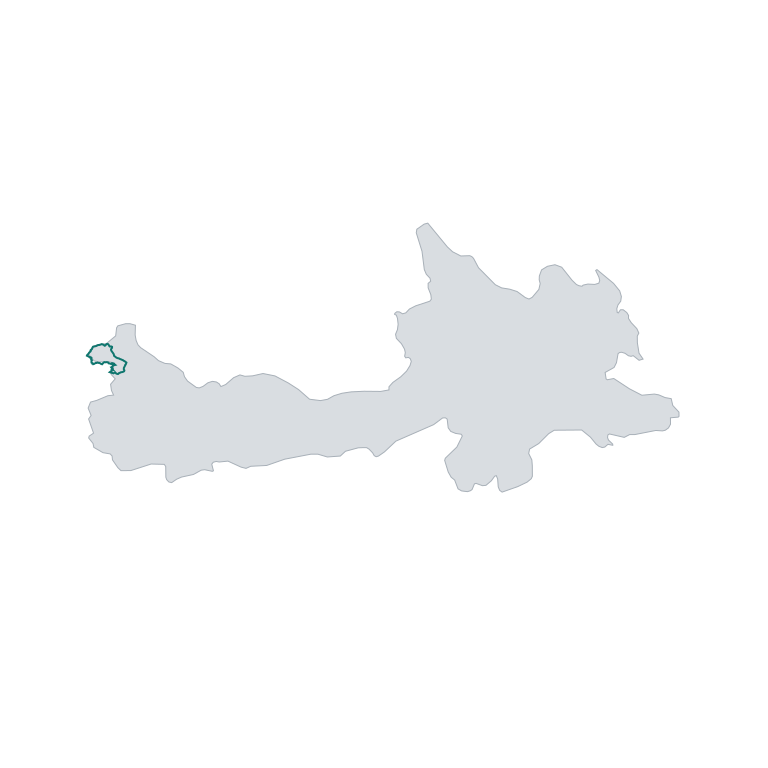 Khong, Champasak, Laos (highlighted), rotated 119°
{"feature_id": "54806243B24917082255411", "entity_name": "Khong", "entity_type": "district", "adm_level": 2, "iso_a3": "LAO", "parent_name": "Laos", "parent_adm1": "Champasak", "projection": "natural_earth1", "projection_center": [106.019, 14.226], "detail": "medium", "context": "in_parent", "style": "outline", "palette": "teal", "viewbox_px": 768, "rotation_deg": 119, "n_neighbors": 0, "source": "geoboundaries", "source_scale": "gbopen_adm2", "svg_char_len": 5604}
<svg xmlns="http://www.w3.org/2000/svg" viewBox="0 0 768 768"><g transform="rotate(119 384 384)"><path d="M290.0,117.7L292.9,123.8L306.7,140.2L309.1,144.6L314.2,148.0L318.4,162.6L320.1,163.5L322.5,162.5L324.2,160.5L325.7,154.8L326.7,154.2L328.2,158.9L332.1,160.3L333.8,162.3L334.3,165.8L333.7,169.4L330.4,177.7L328.4,188.8L341.9,212.7L347.6,215.9L361.1,219.8L370.3,225.1L374.6,223.8L378.7,217.9L383.7,214.6L392.8,209.5L395.5,209.3L400.5,211.3L408.8,217.2L421.3,228.3L420.9,231.3L418.6,234.2L411.9,238.6L409.7,241.4L411.0,242.5L416.6,243.2L423.2,245.7L425.2,248.6L426.3,255.3L427.5,256.5L433.6,255.8L435.5,256.7L437.7,258.8L439.9,264.3L439.8,268.4L433.7,275.7L433.0,280.0L429.8,285.2L421.4,293.9L419.2,294.4L403.8,289.7L391.5,290.3L390.5,292.1L392.5,297.4L393.1,302.6L391.2,306.6L384.1,311.7L383.8,313.9L385.3,316.3L395.5,320.9L428.2,345.9L443.2,350.7L449.7,353.9L451.4,355.6L451.4,357.8L449.7,360.6L448.2,365.5L448.1,368.4L449.7,371.3L452.3,375.6L461.5,385.1L468.2,387.3L475.3,398.2L477.4,407.7L480.8,413.9L497.9,434.4L512.1,447.1L520.6,460.7L524.7,463.8L526.0,468.7L527.1,483.1L532.1,490.3L533.1,493.2L535.2,495.4L537.6,495.8L542.6,491.1L543.6,491.8L545.9,499.3L548.0,502.1L555.5,506.8L563.5,515.9L567.8,519.2L573.2,521.9L574.0,524.7L573.0,527.7L571.3,529.6L562.0,534.9L560.8,537.2L566.9,548.9L582.4,563.4L587.3,572.0L586.2,576.2L582.0,584.7L578.8,586.9L577.9,589.6L580.3,596.5L580.1,607.1L577.1,609.6L574.4,616.1L572.5,616.6L567.8,614.2L557.8,625.4L553.5,624.9L548.5,631.1L542.1,631.9L537.6,627.3L528.1,619.8L524.8,615.1L521.8,619.2L516.8,623.0L509.8,621.6L507.9,627.2L506.5,628.3L498.0,629.2L496.4,630.1L497.7,635.2L502.8,643.9L504.3,648.8L501.1,657.0L492.3,656.8L488.3,653.4L483.4,646.5L472.0,642.0L464.5,645.1L462.2,645.0L456.5,639.2L454.4,635.4L453.1,629.9L461.8,625.4L466.1,621.9L469.0,618.2L470.2,614.4L471.6,598.3L472.9,592.6L472.2,585.6L469.8,580.2L469.9,571.9L471.1,565.3L474.4,562.0L476.7,557.2L478.0,546.5L477.0,543.7L473.8,541.1L468.3,538.6L464.9,535.4L463.5,531.6L463.7,528.3L465.3,525.4L461.2,522.2L451.4,518.6L445.9,514.4L444.7,509.4L440.6,502.9L433.5,494.9L429.8,483.3L429.5,468.3L430.3,456.0L433.4,441.7L429.3,431.5L424.8,426.0L418.5,422.1L412.5,416.3L406.8,408.9L400.0,397.9L392.1,383.3L386.8,376.8L384.0,378.3L378.3,377.0L369.5,372.8L361.8,370.5L355.3,370.2L351.0,371.1L349.1,373.3L348.9,375.5L350.6,377.7L349.7,379.4L346.2,380.6L343.5,383.0L340.3,388.3L338.1,395.3L334.9,398.0L329.9,398.6L324.9,400.6L320.1,404.0L317.8,406.6L318.0,408.4L317.0,408.8L314.6,407.8L313.5,405.5L313.6,401.8L311.2,399.4L306.1,398.1L300.3,394.2L289.4,384.1L286.9,383.7L283.2,386.3L278.5,392.0L274.6,394.2L271.5,393.0L269.2,395.0L267.5,400.2L264.4,404.2L249.5,415.1L236.1,429.1L232.7,430.3L224.7,426.4L222.1,423.7L233.4,395.0L235.1,388.1L234.8,378.9L230.2,371.2L230.0,369.0L230.7,366.6L236.5,357.7L243.2,334.8L242.9,327.7L240.1,319.9L238.6,312.5L239.9,302.3L239.4,298.4L236.4,296.4L226.2,294.4L220.4,296.1L217.6,298.8L214.2,300.5L207.8,301.5L201.8,298.1L196.8,292.3L195.7,285.2L202.1,269.8L203.7,263.9L203.5,261.1L202.5,258.2L201.0,257.8L197.8,254.2L194.7,247.9L191.7,245.0L188.9,245.5L186.3,247.9L182.1,253.9L180.7,253.2L184.7,232.0L188.3,223.0L192.4,218.8L196.8,217.1L201.4,217.7L205.3,216.9L208.4,214.7L208.2,213.5L204.5,213.2L203.1,210.8L203.8,206.3L205.5,203.3L208.1,202.0L210.5,197.5L213.0,189.7L215.9,185.8L219.3,185.7L225.1,182.4L233.4,175.9L236.6,169.5L239.6,172.4L238.4,179.8L240.0,181.3L240.8,183.9L240.3,188.0L241.0,191.5L242.2,193.2L244.0,194.0L252.7,191.0L258.0,190.8L266.7,196.2L271.9,192.2L272.0,190.7L267.8,185.7L269.2,167.1L268.8,153.0L261.7,142.6L260.3,138.4L259.6,131.6L257.6,125.7L262.8,121.0L265.6,112.4L269.2,110.3L270.3,110.6L274.7,117.1L280.3,113.9L284.5,113.9L288.1,115.6L290.0,117.7Z" fill="#d9dde1" stroke="#a8b0b8" stroke-width="1"/><path d="M506.6,629.6L506.3,627.7L506.0,627.1L505.9,625.9L505.2,625.4L504.2,624.7L504.7,623.1L504.3,621.6L504.0,621.3L502.8,621.0L502.0,620.2L501.4,619.9L500.2,618.4L498.9,617.5L498.6,617.5L497.9,617.7L497.3,618.7L496.1,619.3L493.3,619.4L492.9,619.6L492.5,619.4L491.8,619.5L491.5,619.4L490.1,619.7L489.8,622.1L489.9,623.0L489.7,623.7L489.9,625.2L489.9,625.6L490.2,627.5L490.1,628.2L490.5,629.4L490.7,630.7L490.2,633.8L489.7,634.1L488.7,635.2L487.2,638.4L486.5,639.3L485.9,639.6L484.2,639.4L483.3,639.9L483.4,640.8L484.1,641.8L484.2,642.1L484.1,642.5L483.6,643.0L483.4,643.6L482.9,644.6L483.2,645.6L483.6,646.0L485.2,646.4L485.9,646.7L486.0,647.0L485.6,648.2L485.8,648.7L485.7,649.2L486.1,650.4L486.9,650.9L487.3,651.4L487.9,651.9L488.4,652.8L489.9,653.9L490.4,654.2L492.4,656.5L492.9,656.6L495.2,656.4L496.2,656.9L496.8,657.0L497.1,656.5L497.9,656.5L499.5,657.1L500.5,657.1L503.0,657.7L503.3,657.6L503.1,655.9L503.3,655.6L503.0,654.2L503.3,654.0L502.8,653.2L503.0,652.5L503.9,652.4L504.2,652.1L504.5,652.0L504.4,651.5L505.0,650.9L505.5,651.0L506.0,650.8L506.6,650.6L507.0,650.2L506.9,650.0L507.2,649.5L507.1,649.0L507.4,648.9L507.3,648.7L507.7,648.0L507.0,647.3L505.2,646.3L505.2,646.0L504.9,645.5L504.3,645.2L504.1,644.9L504.0,644.0L503.5,643.0L503.6,641.2L503.4,640.1L501.5,639.7L500.8,639.4L500.4,639.1L500.2,638.3L499.4,637.3L499.2,636.5L499.0,636.3L499.0,636.0L498.9,635.6L499.0,635.2L499.4,634.8L498.8,633.0L498.9,632.3L498.7,632.1L498.4,631.9L497.9,632.2L497.7,632.1L497.6,631.7L497.4,631.5L497.3,631.2L497.5,630.1L497.2,629.7L497.4,629.4L497.6,628.3L499.2,630.1L499.8,630.1L500.2,629.9L500.6,630.1L500.7,629.8L501.2,629.7L501.8,630.5L502.4,629.3L502.2,628.8L502.3,628.4L502.7,628.2L503.0,628.4L503.1,628.1L503.2,628.6L504.0,629.2L505.3,628.3L505.8,628.7L506.1,629.4L506.6,629.6Z" fill="none" stroke="#0f766e" stroke-width="2"/></g></svg>